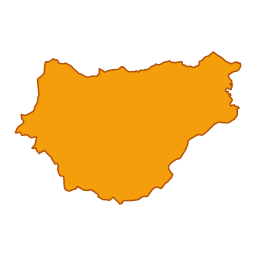 outline of Dai Loc, Quàng Nam, Vietnam
{"feature_id": "81297802B98438479076374", "entity_name": "Dai Loc", "entity_type": "district", "adm_level": 2, "iso_a3": "VNM", "parent_name": "Vietnam", "parent_adm1": "Quàng Nam", "projection": "albers", "projection_center": [107.976, 15.834], "detail": "fine", "context": "isolated", "style": "filled", "palette": "amber", "viewbox_px": 256, "rotation_deg": 0, "n_neighbors": 0, "source": "geoboundaries", "source_scale": "gbopen_adm2", "svg_char_len": 5686}
<svg xmlns="http://www.w3.org/2000/svg" viewBox="0 0 256 256"><path d="M237.1,61.9L234.4,62.4L234.1,62.8L231.5,63.8L230.8,63.6L229.5,62.9L228.2,62.5L226.1,61.5L225.3,61.1L224.7,60.3L223.9,59.8L223.1,58.8L221.2,57.4L218.0,55.5L215.2,53.4L213.2,52.1L208.7,55.9L207.8,56.2L205.9,56.7L205.1,57.1L204.0,57.9L203.3,58.9L202.2,60.1L201.5,60.6L199.3,61.5L199.2,63.8L199.0,64.7L198.7,65.2L197.9,65.8L197.4,66.1L196.9,66.2L196.0,66.2L195.6,66.4L195.2,66.7L194.8,67.3L193.4,67.4L191.5,66.8L190.3,66.1L190.1,66.2L189.8,66.4L187.1,66.6L186.6,66.4L185.3,65.4L183.5,64.9L182.9,64.6L182.4,64.2L182.2,63.8L182.1,62.7L181.8,61.8L181.7,61.6L179.9,61.9L179.5,62.4L179.2,62.4L178.5,62.2L178.0,62.1L176.3,62.4L175.7,62.6L174.3,62.4L171.7,62.5L171.2,62.2L169.7,60.9L169.2,60.9L167.6,61.6L165.5,61.8L164.8,62.0L160.5,64.3L159.5,64.7L158.4,64.8L155.8,64.1L154.9,65.1L153.3,65.7L153.0,66.0L152.4,66.2L151.9,66.3L151.5,66.5L151.0,66.8L150.6,67.3L149.8,67.9L148.1,69.1L146.4,69.9L145.7,69.6L145.0,69.6L143.3,70.4L141.9,70.5L141.5,70.4L140.5,70.0L140.3,70.1L139.5,71.2L138.4,72.2L137.2,71.2L136.7,71.0L135.8,71.0L134.7,71.7L133.8,71.6L129.4,71.8L128.7,71.7L126.0,70.0L124.3,67.8L123.6,67.3L122.7,66.8L122.3,66.7L121.6,66.8L121.1,67.0L119.5,68.4L118.6,69.0L117.5,69.5L116.8,69.6L114.0,69.6L112.6,69.8L108.8,70.6L107.8,70.8L104.9,72.1L104.4,72.0L102.8,70.5L102.1,70.1L100.8,69.8L99.5,68.7L99.3,68.8L99.3,73.0L99.1,73.5L98.3,74.4L98.0,75.2L97.5,75.8L97.0,76.1L96.0,76.3L94.8,76.3L92.9,76.0L92.2,76.1L89.5,77.0L88.7,77.1L87.6,77.2L86.6,77.0L85.0,76.3L81.4,74.2L80.8,74.0L80.1,74.1L79.6,74.0L78.2,72.9L72.6,67.8L71.7,66.5L70.3,65.6L66.8,63.7L65.7,63.3L64.9,63.2L64.2,63.8L63.1,63.9L61.4,63.6L58.8,63.0L58.5,62.9L58.2,62.5L58.0,62.0L58.0,60.9L58.0,60.7L57.8,60.5L57.1,60.1L55.3,59.8L54.7,59.4L53.6,59.0L52.7,59.0L52.2,59.4L51.1,60.7L49.8,61.3L47.8,61.8L46.7,61.8L46.0,61.6L45.9,61.7L45.4,62.7L45.1,63.9L44.6,66.1L44.6,68.2L44.2,72.7L44.1,73.4L42.3,75.1L41.8,75.8L41.0,76.6L39.1,77.8L38.3,78.4L38.0,78.9L37.7,80.0L37.6,81.1L37.7,82.5L38.3,87.0L38.5,90.5L38.8,93.9L38.8,95.2L38.2,96.8L37.4,101.9L36.4,104.5L35.3,105.8L35.1,106.2L34.4,108.8L34.0,110.3L33.7,110.8L33.2,111.3L31.0,112.6L28.3,114.2L25.8,115.3L24.9,115.4L24.3,115.3L23.3,115.1L21.8,114.5L21.3,114.6L21.2,114.9L21.7,116.7L21.6,118.1L21.7,118.5L22.5,119.8L23.6,121.0L23.8,121.3L23.8,121.6L22.7,123.5L21.8,124.3L21.2,124.9L18.9,126.3L17.7,127.5L16.8,129.2L15.4,132.6L17.3,132.9L18.8,132.4L19.6,132.3L20.3,132.4L20.9,133.0L21.1,134.3L21.6,134.9L21.9,135.2L22.4,135.2L24.4,135.0L26.5,135.0L27.0,134.9L27.4,134.9L28.1,135.3L29.2,136.7L30.3,137.2L31.1,137.7L32.2,137.7L34.3,137.0L36.6,137.1L36.5,138.0L36.0,140.0L35.5,143.0L35.1,144.0L34.5,145.3L32.2,147.9L32.1,148.1L32.2,148.3L33.2,148.5L33.9,148.4L35.2,147.9L35.5,147.9L35.8,148.2L36.1,149.3L36.6,150.5L39.2,153.5L40.6,152.5L41.7,151.8L43.6,151.1L44.4,150.4L45.2,151.0L47.4,153.8L51.2,157.2L51.6,158.1L52.0,159.4L53.9,161.9L54.4,162.8L54.6,163.7L54.8,163.9L55.5,163.7L56.3,163.7L57.0,163.7L57.6,163.9L57.9,164.5L58.1,165.7L58.1,167.7L57.8,168.5L57.7,169.7L58.0,170.8L59.2,174.1L59.9,175.5L60.5,175.8L62.4,176.1L63.2,176.5L63.7,177.4L63.9,178.1L64.1,183.6L64.5,187.6L64.7,188.6L65.1,189.1L66.0,189.9L67.2,190.5L69.2,191.1L70.8,190.6L72.0,189.9L73.4,189.4L76.0,188.8L76.6,188.1L76.8,186.5L77.1,186.4L83.6,190.0L84.3,190.2L86.7,190.4L88.0,190.4L89.1,190.2L90.2,189.8L90.8,189.7L91.3,189.8L91.6,189.9L91.9,190.1L92.5,190.8L93.8,191.2L94.6,192.0L96.2,193.2L97.5,193.8L98.3,194.6L98.5,195.1L98.4,195.6L97.9,196.4L97.9,196.7L102.7,199.3L103.9,199.7L105.3,199.6L106.7,199.7L107.8,200.0L108.9,200.3L110.1,199.9L112.7,197.5L113.4,197.4L113.9,197.6L115.2,199.4L118.1,201.8L119.0,203.2L119.5,203.8L120.0,203.9L120.6,203.8L121.7,203.4L122.3,202.9L122.5,201.8L123.0,201.1L123.7,200.8L125.1,200.5L127.6,200.7L128.7,200.5L129.9,200.5L130.9,200.7L132.1,200.6L133.5,200.2L135.6,200.1L137.1,199.8L138.4,199.5L139.5,199.0L140.2,198.3L141.0,197.5L141.7,197.1L144.4,196.3L146.6,196.5L147.3,196.3L147.6,196.1L150.8,191.6L152.6,189.4L154.5,187.8L156.4,187.0L157.7,187.2L160.8,188.5L161.1,188.5L161.4,188.3L163.9,185.2L164.9,183.7L167.7,181.8L168.8,180.4L171.2,177.9L172.0,176.4L172.7,174.3L171.2,172.8L169.0,169.5L168.6,168.5L168.5,167.6L168.5,166.9L168.8,166.1L169.5,164.7L171.1,163.0L172.6,161.7L175.8,159.6L176.8,159.3L179.0,158.7L180.3,157.9L180.8,157.3L182.7,154.2L185.3,150.2L186.1,148.6L187.8,143.9L187.9,143.3L187.9,141.7L188.0,141.2L188.5,140.5L189.7,139.4L195.3,136.0L196.9,135.2L198.3,134.7L199.1,134.6L199.5,134.6L201.2,135.1L201.6,135.1L202.3,135.0L203.2,134.6L204.2,133.9L208.9,129.7L212.1,126.3L213.2,125.2L214.2,124.4L217.8,122.5L218.5,122.2L219.0,122.1L221.8,122.6L224.5,122.6L226.8,122.9L228.0,122.7L229.1,122.4L230.3,121.7L232.1,120.4L234.1,119.4L235.8,117.3L236.9,115.5L237.4,114.6L237.4,114.3L237.2,111.0L237.2,109.1L237.3,108.7L237.5,108.6L238.8,108.5L238.9,108.3L238.7,107.3L238.4,107.0L235.2,106.2L234.2,104.9L232.7,105.2L231.0,105.8L230.8,105.6L230.6,105.4L230.3,103.6L230.8,102.5L232.1,100.7L232.2,100.1L232.1,99.6L231.1,98.0L229.3,96.0L230.8,95.2L230.6,94.6L230.2,93.9L228.7,94.3L228.0,91.4L226.3,91.9L225.3,90.6L226.0,89.3L226.6,88.6L227.0,88.3L227.8,88.2L228.5,88.4L230.1,89.5L230.4,89.5L231.0,89.5L231.3,89.1L231.4,87.9L232.2,86.1L231.8,85.5L230.1,84.4L230.0,84.2L229.9,83.9L230.6,83.8L232.1,84.1L231.8,83.3L231.7,82.3L231.8,81.7L231.5,80.6L230.0,79.1L229.5,78.5L229.1,77.8L228.6,76.6L228.4,75.3L228.5,74.7L228.9,74.3L230.2,74.0L232.4,72.3L233.1,71.8L236.5,71.1L237.5,70.6L238.4,70.0L239.1,69.1L239.9,67.8L240.4,66.8L240.6,66.2L240.6,64.9L240.2,63.4L239.9,63.0L239.6,62.9L239.3,62.8L239.0,62.9L238.6,63.3L237.8,63.4L237.6,63.2L237.4,62.7L237.1,61.9Z" fill="#f59e0b" stroke="#b45309" stroke-width="1.5"/></svg>